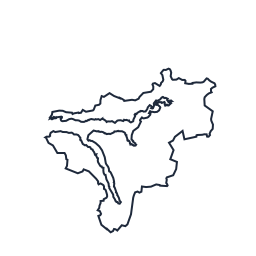 Volda nor, Møre og Romsdal, Norway (orthographic projection), rotated 311°
{"feature_id": "86288312B43762277095742", "entity_name": "Volda nor", "entity_type": "district", "adm_level": 2, "iso_a3": "NOR", "parent_name": "Norway", "parent_adm1": "Møre og Romsdal", "projection": "orthographic", "projection_center": [6.111, 62.092], "detail": "fine", "context": "isolated", "style": "outline", "palette": "slate", "viewbox_px": 256, "rotation_deg": 311, "n_neighbors": 0, "source": "geoboundaries", "source_scale": "gbopen_adm2", "svg_char_len": 5867}
<svg xmlns="http://www.w3.org/2000/svg" viewBox="0 0 256 256"><g transform="rotate(311 128 128)"><path d="M90.5,60.4L88.1,61.9L84.8,62.2L85.1,62.8L84.1,63.0L84.7,63.3L84.5,64.5L85.0,65.1L85.9,65.4L86.3,64.4L87.7,64.7L88.0,65.6L87.7,66.1L88.4,66.4L87.8,66.9L88.3,67.3L89.3,67.2L92.9,70.3L93.0,70.9L92.4,71.4L90.7,71.1L89.8,72.6L89.8,73.2L90.1,74.0L92.8,76.6L96.1,77.8L97.9,79.2L98.6,80.5L99.4,83.3L100.9,85.1L101.5,86.2L101.9,88.5L103.3,90.3L104.2,91.1L105.8,91.5L106.1,92.3L108.1,92.7L108.3,92.9L108.1,93.0L108.2,93.3L109.1,93.4L110.7,94.4L112.4,97.4L113.4,97.7L113.7,98.5L115.3,99.9L115.7,101.7L117.8,102.3L117.6,102.4L118.4,103.2L118.5,104.3L118.7,104.6L118.8,107.1L118.5,107.9L119.7,108.4L121.6,110.7L122.7,111.4L123.3,114.8L126.5,115.1L127.3,115.6L129.0,117.3L130.1,119.8L131.2,119.7L131.1,120.0L131.9,120.2L132.6,121.3L133.2,121.6L133.9,123.8L134.3,123.9L133.8,125.1L134.1,126.5L136.5,127.5L138.1,126.5L141.7,125.6L142.0,125.4L142.3,124.3L143.5,124.2L144.1,125.3L145.5,125.1L148.8,126.2L148.7,126.5L149.8,127.1L150.4,127.9L150.6,129.0L152.0,130.4L155.1,130.1L156.5,129.4L159.5,129.4L159.8,131.0L159.8,132.3L158.2,132.4L158.6,133.5L159.3,133.9L162.0,133.0L163.5,131.3L167.2,131.1L168.0,132.5L170.7,133.5L173.0,133.4L174.3,133.9L174.5,134.5L174.2,134.9L174.7,136.2L175.5,136.7L176.1,138.8L174.8,139.1L174.9,140.0L174.6,140.1L174.2,141.4L176.6,142.2L177.0,142.4L177.0,142.9L176.5,142.2L176.3,142.6L177.2,143.5L176.2,143.2L176.1,142.6L175.6,142.3L174.4,142.9L174.8,144.2L173.9,144.1L173.9,143.6L173.5,144.0L171.7,143.9L171.3,143.5L171.3,142.5L170.7,142.4L170.7,141.7L169.3,141.4L169.7,140.4L171.4,139.0L171.5,138.4L169.5,137.3L169.5,136.7L169.0,136.7L169.0,135.9L168.4,134.9L166.5,133.9L165.3,134.3L165.3,133.5L164.7,133.4L164.9,133.2L163.8,133.5L164.3,134.6L165.0,135.0L165.0,138.2L164.7,138.9L161.8,139.9L159.3,139.4L157.3,137.6L156.0,135.4L155.4,135.1L155.2,133.6L153.0,134.1L153.6,135.1L153.5,135.6L152.5,136.1L149.7,136.1L148.6,135.8L145.6,133.6L145.1,132.6L145.1,131.6L144.7,131.6L142.0,131.8L141.5,132.2L141.4,133.5L135.2,135.2L129.3,133.9L125.1,135.5L121.8,138.0L121.6,139.8L121.4,139.7L121.0,140.8L121.2,143.7L120.4,144.4L120.6,145.1L119.7,145.2L118.5,144.1L118.1,142.2L118.4,142.2L118.2,141.3L117.2,140.7L117.8,140.1L117.6,139.6L118.2,139.1L119.0,137.7L118.9,136.6L118.3,136.5L118.2,135.8L119.7,134.1L120.5,132.5L120.7,132.4L121.2,131.0L121.5,131.1L121.4,130.2L122.2,129.3L122.3,128.3L121.7,125.8L119.2,122.7L119.3,122.4L117.6,121.3L116.5,120.0L115.4,120.2L111.7,118.5L111.2,117.4L110.1,116.6L109.8,115.9L109.3,115.7L109.0,113.8L108.6,113.7L108.6,112.2L107.9,110.6L106.7,109.5L106.6,108.7L106.1,108.3L106.1,107.5L105.1,106.9L103.5,103.7L96.6,102.8L93.3,104.5L92.8,104.9L92.8,105.7L92.5,106.1L92.5,106.5L93.7,107.1L93.8,108.3L94.7,109.4L95.4,113.4L95.3,118.5L94.1,123.1L90.7,129.6L86.9,134.3L86.4,135.4L85.7,138.4L84.7,140.3L83.1,141.9L82.9,142.4L83.3,143.2L82.9,144.6L80.6,149.7L78.5,152.6L77.6,152.9L77.4,153.8L74.5,155.9L74.5,156.7L73.9,157.8L72.1,160.9L71.5,161.2L71.6,162.0L70.8,163.6L70.2,164.0L70.2,164.6L69.2,167.1L67.7,169.3L67.4,171.2L65.4,171.4L64.7,170.1L65.3,168.7L64.6,168.0L64.6,167.3L64.9,166.8L64.8,166.1L65.5,165.2L66.4,162.1L68.0,160.5L70.4,153.2L71.5,152.4L71.5,151.7L73.4,149.7L75.1,145.4L77.8,141.9L77.5,141.7L77.4,140.8L78.2,139.0L79.8,137.2L81.9,135.6L81.2,134.5L81.7,133.3L81.3,133.0L81.2,131.9L82.5,128.0L83.4,126.7L85.5,125.2L85.2,124.1L86.1,122.7L86.1,121.6L87.3,121.3L86.3,120.4L87.5,118.4L88.1,115.9L88.5,115.5L88.0,113.7L88.7,112.2L88.4,111.3L87.5,110.4L87.7,107.6L86.7,106.9L86.3,104.3L88.0,100.7L87.6,100.1L87.8,99.6L89.3,98.6L90.0,95.1L89.3,93.3L87.7,91.5L87.8,89.9L87.6,88.6L85.5,86.6L84.6,84.3L82.2,81.4L81.4,79.2L77.2,75.7L76.7,73.7L73.6,72.8L71.6,73.6L71.0,74.4L69.9,74.3L68.0,72.2L66.7,71.8L66.9,72.5L64.6,77.8L65.6,82.8L62.8,91.1L67.5,96.5L66.6,99.0L64.0,101.9L64.3,103.2L59.4,106.8L56.6,107.5L60.9,119.8L65.4,122.2L67.7,121.7L69.6,126.9L68.8,137.3L68.1,140.5L66.7,141.6L66.2,142.8L68.1,143.6L68.6,145.8L68.7,147.1L68.1,148.3L66.3,149.8L66.6,151.1L66.4,152.1L63.8,156.1L62.6,157.2L61.2,157.5L58.4,156.4L57.1,157.3L54.9,155.2L53.3,156.6L50.6,157.5L48.9,158.7L46.0,159.1L46.8,161.3L45.5,164.0L44.0,164.3L42.2,163.3L37.5,171.4L37.7,178.4L38.1,178.3L37.9,183.3L40.4,184.3L42.6,183.7L43.4,185.1L43.6,187.2L50.5,187.1L52.2,190.4L54.9,190.8L64.8,186.9L78.9,177.6L81.1,176.6L84.1,175.6L86.3,176.9L86.7,179.0L88.7,179.9L93.0,176.9L95.3,180.4L98.8,183.8L103.9,186.3L105.8,189.4L105.5,190.0L109.8,195.6L110.6,195.6L111.3,194.3L111.6,192.9L114.4,191.2L115.1,190.0L116.2,189.7L122.0,193.1L128.6,191.3L134.5,187.2L132.2,180.4L141.2,176.9L143.8,168.6L148.1,170.2L152.1,169.2L161.6,171.1L156.5,178.0L166.3,185.3L167.4,184.5L168.1,184.8L171.5,188.4L173.3,189.7L174.8,191.5L173.4,193.4L173.6,193.7L174.3,194.5L176.5,194.5L177.1,193.4L179.8,192.5L182.9,192.5L186.3,189.9L188.2,186.0L189.3,184.8L196.2,181.0L195.3,171.1L199.9,166.6L201.5,165.7L204.7,165.8L207.1,166.3L209.8,167.7L210.2,166.5L211.9,165.0L213.9,165.3L216.8,166.6L218.0,165.3L218.5,163.9L217.5,160.3L217.3,158.0L217.5,155.9L217.0,154.8L212.6,154.8L211.4,154.3L209.8,152.9L207.2,149.6L204.3,147.1L203.7,147.6L201.2,145.0L199.3,141.8L201.3,140.5L201.5,139.3L199.8,137.3L199.0,133.6L196.3,132.8L193.8,130.2L193.7,129.3L195.1,126.2L198.1,124.3L199.4,122.3L199.8,120.9L199.4,119.7L196.7,118.5L195.2,116.7L191.0,116.8L190.5,119.2L187.6,123.0L185.9,123.6L183.7,123.4L182.3,124.2L180.5,124.3L179.6,118.9L177.9,117.7L176.9,117.9L175.9,119.9L173.8,121.6L170.4,121.5L164.5,116.6L159.0,116.3L157.1,116.8L153.6,115.3L151.9,112.5L146.0,107.4L146.4,106.9L146.1,104.6L145.4,102.1L145.1,102.4L143.0,96.5L142.2,91.2L135.7,89.4L134.8,87.2L131.0,88.9L128.3,91.1L126.5,90.9L123.5,88.6L119.4,90.1L118.2,90.0L112.7,85.6L112.0,82.0L108.6,82.5L107.0,81.1L107.2,80.5L103.7,77.7L102.2,77.0L102.8,75.7L99.3,70.9L98.2,67.5L96.0,64.7L90.5,60.4Z" fill="none" stroke="#1e293b" stroke-width="2"/></g></svg>